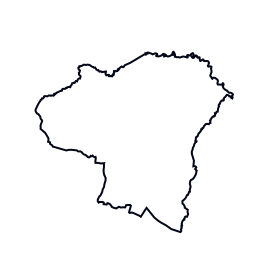 Waeng Noi, Khon Kaen, Thailand, rotated 104°
{"feature_id": "78962969B33774110374884", "entity_name": "Waeng Noi", "entity_type": "district", "adm_level": 2, "iso_a3": "THA", "parent_name": "Thailand", "parent_adm1": "Khon Kaen", "projection": "mercator", "projection_center": [102.401, 15.798], "detail": "fine", "context": "isolated", "style": "outline", "palette": "ink", "viewbox_px": 256, "rotation_deg": 104, "n_neighbors": 0, "source": "geoboundaries", "source_scale": "gbopen_adm2", "svg_char_len": 5673}
<svg xmlns="http://www.w3.org/2000/svg" viewBox="0 0 256 256"><g transform="rotate(104 128 128)"><path d="M160.7,202.2L160.7,200.3L162.2,199.8L163.3,197.2L164.2,196.5L164.7,182.4L163.5,180.1L162.8,177.4L162.1,172.4L162.8,170.5L162.2,168.6L162.7,167.0L163.5,166.1L164.4,164.2L164.4,162.5L165.3,161.3L165.3,160.6L165.9,160.1L166.0,158.7L165.2,157.9L164.1,157.4L164.3,156.7L163.3,155.7L164.1,154.5L164.4,153.0L164.1,152.6L164.7,152.4L164.7,152.1L166.1,151.8L168.5,151.6L169.7,151.1L169.1,148.6L169.0,145.8L167.9,142.6L169.0,142.6L171.5,141.9L174.4,141.6L176.8,140.9L178.9,140.0L181.9,137.6L184.3,137.1L188.5,137.3L190.8,137.0L194.0,137.7L196.2,137.6L199.4,138.2L200.5,138.6L201.1,139.2L204.7,140.0L206.4,139.6L207.5,138.4L206.6,137.7L206.2,135.6L205.8,134.6L205.3,134.3L205.8,134.4L206.2,133.5L207.8,133.2L207.4,130.2L205.9,129.8L205.8,129.3L206.3,127.0L207.7,125.2L208.4,124.8L208.9,122.6L208.8,119.7L208.0,119.2L206.6,117.6L206.9,115.8L206.0,113.1L205.7,111.5L203.4,111.2L202.7,109.3L202.2,107.3L202.7,106.4L209.6,106.6L210.0,105.7L209.1,103.8L209.1,102.6L210.3,96.0L211.0,94.1L201.0,90.7L208.5,80.8L210.8,76.0L211.9,72.7L213.3,67.4L215.6,61.6L216.3,52.0L215.6,51.5L214.6,51.5L213.4,52.2L212.7,51.8L212.3,51.9L211.9,51.7L211.6,52.0L210.6,52.0L210.3,52.5L209.6,52.5L209.4,52.0L207.7,52.8L207.3,52.6L205.9,52.7L204.3,52.3L203.6,51.5L203.4,51.8L202.8,51.7L202.6,51.2L200.7,51.3L199.9,50.6L199.9,49.3L197.0,48.8L195.2,49.9L192.9,50.2L191.6,53.7L190.5,53.9L188.8,55.5L188.3,56.7L187.2,57.2L185.6,57.5L183.9,56.2L181.9,55.1L178.8,54.5L178.2,53.9L178.2,53.6L175.2,53.3L174.8,52.5L172.6,53.2L171.1,53.0L169.4,53.2L167.2,54.5L164.5,54.8L163.4,54.4L161.6,52.6L160.0,51.9L156.7,51.0L155.2,50.9L153.3,51.3L152.8,51.0L151.5,52.9L149.8,52.2L149.0,53.0L148.8,54.6L149.3,55.3L143.8,56.1L137.5,59.9L136.9,59.8L135.8,60.4L132.8,60.1L131.5,60.3L129.5,59.7L127.8,59.8L125.8,59.1L125.1,58.5L124.4,58.3L124.3,59.5L122.2,59.5L121.3,59.8L120.0,59.5L119.5,58.5L116.1,58.2L115.7,57.7L114.3,57.1L114.0,56.8L113.4,56.8L112.3,56.5L111.5,56.6L111.4,55.9L110.4,55.5L110.0,55.6L109.9,55.2L109.4,54.9L107.8,54.8L106.6,54.0L105.6,53.7L105.1,52.5L104.8,52.2L104.8,50.5L104.2,50.1L103.3,49.9L103.1,49.3L102.4,49.7L101.6,49.6L101.0,50.1L100.8,49.8L99.6,49.9L98.8,49.4L97.8,49.3L96.6,48.4L96.4,47.9L96.0,47.9L95.9,47.5L95.5,47.4L95.5,46.9L95.1,46.6L94.0,46.7L92.6,47.2L92.4,46.2L90.9,46.0L90.4,44.9L87.0,45.3L84.9,44.9L84.5,45.4L84.0,45.5L83.2,45.4L82.9,44.9L82.0,44.9L81.1,44.5L80.8,44.7L80.0,44.5L78.7,43.7L78.5,42.5L78.1,41.9L77.4,41.8L76.8,42.3L75.1,41.8L74.2,41.1L72.0,40.2L71.9,39.1L72.5,36.8L72.8,36.9L72.8,36.4L73.2,35.6L73.4,34.8L73.9,34.8L74.1,34.0L72.9,33.9L72.5,34.5L71.6,34.8L70.6,34.3L70.0,34.3L69.4,35.2L69.0,36.4L69.0,37.4L69.3,38.2L69.3,38.7L67.7,41.2L67.4,42.8L66.3,44.9L64.7,46.1L63.0,45.7L61.7,46.3L61.7,46.9L62.8,47.0L63.4,47.8L63.7,49.9L64.1,51.3L63.0,52.1L60.7,52.1L60.1,52.4L59.5,52.9L58.4,55.5L58.3,56.6L58.8,57.7L59.8,58.0L59.6,58.6L58.3,59.7L57.7,60.6L57.1,60.9L53.4,60.5L52.1,60.9L50.3,61.8L48.5,61.8L48.2,62.5L48.6,64.1L49.0,64.8L48.7,65.4L48.3,65.6L47.2,65.2L46.3,65.3L45.3,65.1L43.9,66.2L43.8,67.2L44.6,70.2L44.4,70.8L43.4,71.4L43.4,71.9L45.4,73.8L45.4,74.2L44.1,75.0L42.2,75.6L42.1,76.3L42.9,77.1L42.9,77.6L42.6,78.0L41.3,78.7L41.1,79.2L41.4,80.1L42.5,80.4L44.1,81.3L44.3,82.3L43.8,83.1L43.0,83.0L42.8,81.6L42.4,81.0L42.1,81.0L41.0,82.3L39.9,82.7L39.7,83.2L41.0,84.7L42.7,85.0L42.7,87.7L42.9,88.0L43.6,88.1L44.5,87.2L45.1,87.2L45.3,88.2L45.1,89.4L45.3,91.9L47.1,94.7L47.0,96.1L47.5,97.7L47.5,99.8L46.3,99.8L45.3,100.2L43.4,101.7L43.1,102.3L43.6,102.8L44.7,103.0L45.5,101.5L46.0,101.3L46.5,103.2L48.0,104.8L49.0,106.6L48.7,107.9L49.2,109.1L49.2,109.7L49.8,110.3L49.6,110.5L49.1,110.3L48.4,109.4L47.9,109.2L47.6,109.9L47.5,111.4L47.9,112.1L48.6,112.3L49.5,113.1L50.6,114.5L51.2,116.0L51.4,117.8L51.2,118.1L50.8,118.1L50.0,117.4L49.5,117.4L49.1,117.7L48.8,118.7L48.9,119.5L50.6,122.0L50.2,123.0L49.9,126.7L50.0,127.1L50.4,127.3L51.2,127.1L51.3,127.5L51.8,128.0L51.8,128.4L51.4,128.6L51.7,128.8L51.6,129.0L52.6,128.8L52.6,129.9L64.3,141.7L67.9,146.3L70.0,147.1L70.2,147.8L69.9,149.1L71.5,150.4L72.8,150.8L72.8,151.6L73.5,152.1L74.3,151.5L74.7,152.0L75.2,152.0L75.6,152.6L75.7,153.8L76.0,154.0L75.9,154.4L76.1,155.2L76.5,155.0L77.2,155.3L77.9,154.8L78.8,155.1L79.4,154.8L79.7,155.5L80.5,155.1L80.8,155.6L81.6,155.9L81.3,156.7L81.9,157.1L81.8,157.8L82.1,158.1L82.3,159.0L81.1,159.4L81.2,160.0L81.7,160.3L81.7,161.7L82.0,161.9L81.0,162.9L79.4,163.2L79.0,162.9L78.5,163.1L80.1,166.8L79.7,167.2L79.6,168.2L80.1,168.8L80.2,169.5L79.1,170.6L79.5,170.9L79.0,172.8L78.4,173.2L78.0,173.9L77.3,174.5L77.7,175.7L77.3,176.1L77.2,177.7L76.1,180.6L76.4,182.9L77.0,183.9L77.1,185.5L77.4,186.5L78.9,187.8L79.4,189.4L79.9,190.2L80.7,189.9L81.6,190.8L82.5,190.4L83.5,189.4L83.8,188.5L85.7,188.6L86.3,189.0L86.8,188.7L88.0,188.6L89.1,186.6L89.9,186.4L91.6,186.5L91.7,187.4L92.7,188.3L95.0,188.7L94.9,189.7L95.3,190.1L97.1,190.7L97.0,191.3L97.8,192.1L98.1,193.0L100.0,193.2L101.3,194.0L102.4,193.9L102.5,194.1L102.4,194.9L102.8,196.1L103.5,197.1L104.1,197.2L104.1,197.9L105.1,198.3L105.8,200.7L106.4,201.2L107.7,201.1L108.0,201.4L108.1,202.2L110.6,205.2L110.7,205.5L111.1,205.9L111.7,205.9L112.7,207.9L113.2,207.9L113.5,207.3L114.7,208.1L114.7,209.5L115.4,210.6L115.2,211.2L115.5,211.8L115.6,212.8L116.8,213.9L117.1,216.3L117.8,217.2L118.6,217.0L119.4,217.3L119.8,217.6L120.0,218.6L121.5,218.8L121.8,219.5L122.8,219.6L125.5,220.6L128.9,221.4L132.6,222.1L134.3,221.6L136.0,219.7L136.3,218.2L137.5,216.8L137.9,216.0L139.9,215.1L140.5,214.6L140.9,213.8L141.9,213.0L146.8,213.5L148.4,212.9L150.0,212.6L152.8,207.1L157.1,202.8L158.8,202.3L160.7,202.2Z" fill="none" stroke="#020617" stroke-width="2"/></g></svg>